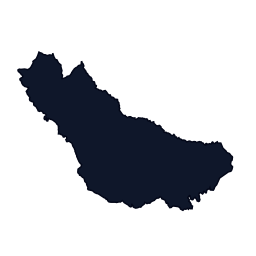 Poiana Cristei, Vrancea, Romania (Albers equal-area conic projection), rotated 169°
{"feature_id": "2599482B17918493537956", "entity_name": "Poiana Cristei", "entity_type": "district", "adm_level": 2, "iso_a3": "ROU", "parent_name": "Romania", "parent_adm1": "Vrancea", "projection": "albers", "projection_center": [26.947, 45.68], "detail": "fine", "context": "isolated", "style": "filled", "palette": "ink", "viewbox_px": 256, "rotation_deg": 169, "n_neighbors": 0, "source": "geoboundaries", "source_scale": "gbopen_adm2", "svg_char_len": 5813}
<svg xmlns="http://www.w3.org/2000/svg" viewBox="0 0 256 256"><g transform="rotate(169 128 128)"><path d="M178.8,75.0L174.9,73.3L174.0,72.3L173.3,71.2L171.4,69.8L169.8,69.1L164.4,63.8L163.6,63.8L163.0,62.1L162.0,62.1L161.7,60.4L160.8,59.1L159.1,58.5L154.6,57.6L153.4,57.1L150.8,57.2L149.6,56.8L147.5,57.8L146.5,56.6L146.0,55.5L142.4,52.3L141.5,50.8L140.5,50.1L139.6,50.2L138.9,51.4L138.9,52.3L138.7,52.3L138.0,50.9L137.9,49.5L137.3,48.9L135.7,47.9L133.5,47.9L132.2,48.3L130.5,47.9L129.3,48.9L126.3,50.4L125.7,51.8L123.8,50.2L122.3,50.4L120.8,50.0L120.3,50.6L118.4,51.5L115.8,52.0L115.3,52.6L113.2,53.7L111.8,53.4L110.7,53.7L109.7,54.6L108.2,53.0L108.4,52.3L108.0,51.8L107.2,51.5L105.4,50.1L105.1,49.2L105.2,48.2L104.7,47.6L104.7,46.8L104.3,46.6L103.9,47.0L103.5,46.3L103.1,46.2L103.4,44.8L102.1,41.8L100.6,41.8L100.0,42.4L98.3,42.8L93.7,41.2L92.3,40.0L91.9,38.4L89.8,36.7L88.1,37.8L86.7,37.2L85.0,37.8L84.2,36.7L83.4,37.5L83.0,37.6L82.3,36.9L80.5,36.5L79.6,39.0L80.1,39.4L80.5,40.3L80.9,40.8L81.0,41.1L80.7,41.8L81.1,42.5L81.2,43.4L82.3,44.4L81.5,45.8L82.6,48.2L82.6,48.4L81.1,49.3L80.7,50.0L80.4,50.0L80.2,49.8L80.3,48.7L80.1,47.9L79.9,47.6L79.9,46.2L78.7,45.3L77.8,45.4L77.4,46.0L75.7,47.1L75.3,47.1L74.5,45.3L74.1,44.2L74.1,43.3L72.8,42.4L71.9,42.6L71.1,44.0L71.3,45.7L70.9,47.6L71.3,48.9L70.2,50.7L69.0,50.6L67.4,49.0L66.8,49.4L65.9,51.3L65.4,51.3L64.9,51.0L64.7,50.0L63.8,49.4L63.3,49.9L62.6,52.1L61.9,52.2L61.0,52.8L59.9,52.5L59.0,53.8L59.0,52.4L58.5,52.1L58.8,51.4L56.1,50.7L55.1,51.8L54.5,53.0L53.5,54.2L51.8,55.4L51.8,55.7L51.4,56.0L47.6,61.4L37.8,65.8L35.3,65.9L34.1,67.1L33.0,69.3L32.8,70.4L33.5,70.8L34.1,72.4L34.2,73.1L33.1,76.0L32.2,76.3L31.9,76.8L31.0,79.5L31.2,80.2L32.0,81.0L33.3,83.6L35.3,84.8L36.0,85.7L36.1,86.5L38.7,90.1L39.8,95.5L42.7,96.0L43.0,97.4L44.7,96.8L45.3,96.2L46.0,96.4L46.6,96.3L47.0,96.8L47.4,97.9L47.6,98.1L48.4,97.8L48.7,96.7L49.5,96.8L50.2,96.5L51.2,97.1L52.7,96.6L53.8,97.8L54.4,97.8L54.9,97.5L54.6,96.6L54.9,96.4L56.3,97.1L56.8,97.8L57.2,98.9L58.1,99.2L59.0,100.5L59.8,100.5L60.5,101.0L63.6,100.7L64.1,101.1L64.3,101.6L65.8,102.1L67.9,102.0L69.6,103.2L70.5,103.5L72.9,103.1L74.4,105.0L75.5,105.5L76.1,105.3L76.4,105.7L77.0,105.5L77.7,106.2L77.8,106.6L79.6,107.7L79.9,108.8L81.3,108.1L81.8,108.7L82.2,109.9L83.6,110.3L83.5,111.7L84.2,112.9L85.3,112.1L86.7,112.3L88.1,114.3L89.7,115.5L91.1,115.7L91.4,116.5L93.4,116.9L93.6,117.5L93.1,118.4L93.7,119.4L94.4,119.8L94.5,120.5L95.1,120.9L95.6,121.9L95.4,122.7L96.4,124.3L97.0,124.6L97.8,124.2L100.1,125.0L100.3,125.8L101.8,127.8L101.5,128.9L101.6,129.2L103.7,129.0L104.6,129.3L105.0,131.0L106.5,131.0L107.2,131.5L107.2,132.4L107.4,133.0L108.1,133.4L108.7,133.2L110.3,134.2L110.8,134.1L111.7,134.9L113.5,135.1L113.9,135.4L114.7,135.5L115.5,136.0L118.4,134.9L119.1,135.1L119.4,135.7L119.3,136.6L120.5,136.7L122.4,137.5L122.8,137.9L123.0,138.4L123.8,138.7L124.9,138.8L126.8,138.4L127.5,139.5L128.2,139.9L128.4,140.8L129.3,140.9L130.7,141.9L133.1,147.2L132.9,148.0L132.3,148.8L132.8,150.5L132.2,151.2L132.2,152.3L132.5,153.0L132.1,154.3L132.8,155.2L132.8,156.2L133.2,157.3L132.9,157.7L132.9,158.0L134.9,158.7L135.7,158.5L136.0,159.9L136.4,160.6L137.4,161.2L138.1,160.8L138.8,162.2L139.1,163.7L139.2,163.9L139.8,163.7L141.2,165.0L142.3,167.7L143.2,169.1L144.5,169.1L146.0,168.5L146.9,169.8L148.1,170.5L149.0,170.5L149.6,171.4L152.5,173.3L152.5,173.7L151.4,174.5L151.0,175.6L152.5,177.1L152.1,177.8L152.2,179.5L152.5,179.9L153.0,180.0L154.3,180.9L154.3,182.0L154.1,183.1L154.8,184.9L155.4,185.2L157.0,187.4L157.2,188.6L157.7,189.5L158.6,190.0L158.4,190.9L158.8,191.8L158.7,192.1L159.2,192.5L159.3,193.5L160.5,195.5L160.5,196.0L159.5,197.3L159.8,199.3L160.7,201.0L160.7,201.9L161.1,201.9L162.0,198.9L164.7,198.7L166.4,197.4L167.5,197.2L169.4,196.3L170.4,195.2L170.9,195.0L171.6,194.0L172.6,193.3L173.0,192.3L174.3,191.4L174.6,190.8L175.0,190.4L178.0,190.3L178.5,189.7L181.2,189.0L183.5,189.2L182.3,192.0L182.3,192.6L182.9,193.4L182.9,193.8L182.8,195.0L181.9,196.9L182.2,201.0L181.8,202.6L183.8,205.1L184.8,208.5L186.0,209.0L186.5,209.8L187.2,212.3L187.5,215.2L187.8,215.2L188.3,214.1L188.7,213.8L190.8,214.7L193.6,214.5L195.1,215.6L196.6,216.0L197.8,217.0L198.3,217.8L200.2,218.8L200.9,219.5L202.9,216.1L204.9,213.4L208.5,211.6L208.7,211.2L208.5,210.1L211.8,206.1L213.2,205.1L215.3,204.4L218.2,205.6L222.1,206.0L223.4,206.5L224.7,206.2L225.0,205.8L224.8,204.3L223.6,203.0L222.4,200.7L221.5,199.7L221.4,198.9L221.9,197.9L223.7,197.4L224.7,196.8L224.8,196.4L224.6,195.2L223.5,194.0L223.4,193.4L223.8,192.8L223.0,190.4L221.3,188.4L219.6,187.7L218.7,186.7L217.9,186.8L218.2,185.6L220.7,183.5L220.2,183.0L220.7,182.7L220.3,181.7L220.5,180.9L218.4,176.6L218.9,175.9L219.2,174.6L219.0,173.6L217.4,172.3L216.5,172.0L215.9,171.2L215.8,170.7L216.1,168.6L215.5,167.7L214.3,166.8L213.1,163.4L212.9,162.0L211.7,161.2L210.4,161.4L209.5,161.0L208.5,159.8L208.5,159.1L208.2,158.6L206.7,158.0L205.6,156.4L206.2,155.7L207.7,155.2L208.5,153.6L208.3,152.3L207.9,152.2L206.7,153.1L205.9,153.4L205.5,152.3L206.9,151.8L206.4,150.5L205.5,150.2L205.1,150.8L205.1,151.3L204.4,151.9L204.6,152.2L204.0,152.6L202.7,151.5L200.7,150.5L197.7,147.2L197.0,145.3L195.9,143.8L195.5,142.8L196.2,142.5L196.1,140.8L196.6,140.3L196.7,137.9L197.4,135.5L195.4,135.0L195.2,134.5L193.9,133.7L193.3,132.8L193.4,131.9L192.9,131.4L192.1,131.4L191.5,132.2L190.2,131.2L189.9,130.5L190.3,129.0L191.2,128.4L190.8,126.4L190.1,126.2L188.1,126.3L187.4,125.1L186.2,124.2L185.8,123.1L185.6,120.9L184.5,117.9L184.5,116.7L184.1,115.9L184.5,114.9L184.1,114.1L184.0,112.2L183.6,111.3L183.7,109.7L183.0,106.9L183.1,106.5L182.4,105.1L182.6,104.6L181.6,102.4L180.6,101.0L181.3,99.0L184.9,97.1L185.7,94.2L185.5,93.2L184.4,91.7L184.5,90.9L183.6,90.6L182.1,88.4L180.7,87.1L180.5,83.6L179.3,82.2L179.3,80.1L178.6,77.3L179.2,75.9L178.8,75.0Z" fill="#0f172a" stroke="#020617" stroke-width="1.5"/></g></svg>